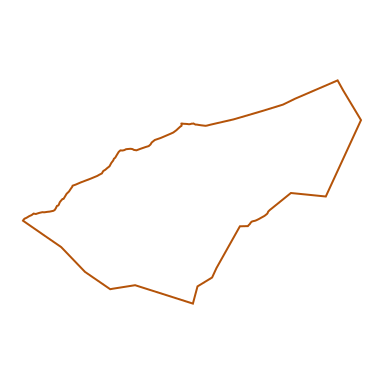 Tu'rgen, Uvs, Mongolia (Mercator projection)
{"feature_id": "93677404B55143611741372", "entity_name": "Tu'rgen", "entity_type": "district", "adm_level": 2, "iso_a3": "MNG", "parent_name": "Mongolia", "parent_adm1": "Uvs", "projection": "mercator", "projection_center": [91.364, 50.028], "detail": "fine", "context": "isolated", "style": "outline", "palette": "amber", "viewbox_px": 384, "rotation_deg": 0, "n_neighbors": 0, "source": "geoboundaries", "source_scale": "gbopen_adm2", "svg_char_len": 1787}
<svg xmlns="http://www.w3.org/2000/svg" viewBox="0 0 384 384"><path d="M192.9,303.6L197.5,286.4L212.1,277.5L216.5,268.0L239.9,226.3L247.9,226.1L248.6,225.2L249.0,224.8L249.7,224.2L250.4,223.1L251.0,222.3L252.0,221.5L253.4,221.1L254.9,220.8L256.0,220.4L257.5,219.7L259.1,218.9L261.2,217.7L264.5,215.9L266.0,214.7L266.9,214.0L267.6,213.1L268.2,211.6L269.8,210.0L271.7,208.5L290.9,193.0L325.8,196.5L361.0,120.1L343.1,90.3L337.6,80.4L295.1,98.7L283.0,104.6L261.9,111.1L233.5,119.4L210.4,124.7L206.9,125.6L205.5,125.8L201.2,125.3L198.5,124.9L196.9,124.6L195.7,124.6L194.9,124.3L193.5,123.5L192.7,123.7L191.5,123.7L190.7,124.0L189.6,124.2L188.4,124.2L187.3,124.0L185.9,123.9L183.9,123.8L183.0,123.7L182.4,123.6L182.0,123.5L181.7,123.5L181.4,123.6L181.4,123.9L181.5,124.1L181.7,124.3L181.7,124.6L181.7,125.0L181.4,125.5L181.4,125.9L180.3,126.6L178.1,128.6L176.4,130.2L173.3,132.5L170.9,133.6L164.6,136.3L160.6,138.0L154.8,140.0L151.7,142.5L150.5,144.5L148.7,146.1L145.7,147.0L140.2,148.9L136.5,150.3L133.9,149.9L132.5,149.1L130.8,148.8L129.1,148.9L126.1,149.2L124.3,150.1L122.6,150.5L120.4,150.4L118.7,151.9L116.5,155.5L115.3,157.6L113.9,158.8L113.2,160.5L111.4,162.8L109.5,166.3L107.1,168.2L105.4,169.7L103.3,171.0L102.5,172.3L101.9,173.4L99.0,174.9L97.3,175.9L90.8,178.6L80.8,182.4L75.7,184.6L72.6,185.7L72.2,186.8L70.5,189.2L69.0,191.5L66.6,193.8L64.7,197.0L63.5,198.9L62.5,199.0L61.0,200.7L59.8,202.2L58.7,204.9L58.0,205.6L57.0,205.9L56.2,207.4L55.8,208.3L54.7,210.0L53.4,210.8L51.6,211.2L49.7,211.6L47.8,211.8L47.0,211.9L44.5,212.3L42.3,212.2L39.6,212.8L37.3,213.5L35.9,214.0L33.6,213.6L31.6,215.1L29.3,216.1L26.5,217.8L24.7,218.6L23.7,219.5L23.0,220.7L45.2,236.1L61.2,247.1L85.0,271.9L110.2,289.2L112.9,288.7L135.1,285.2L192.9,303.6Z" fill="none" stroke="#b45309" stroke-width="2"/></svg>